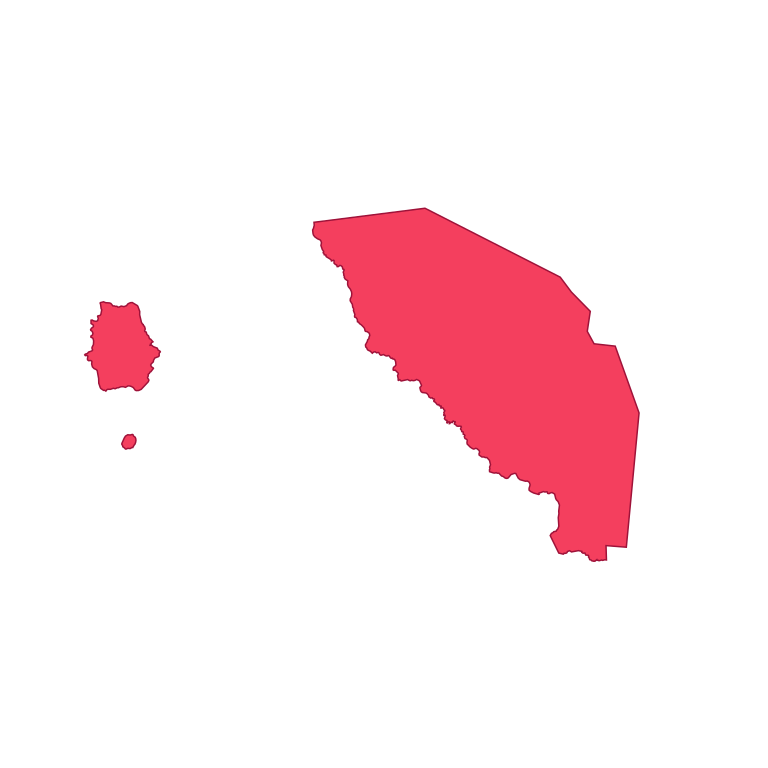 Rai Coast District, Madang, Papua New Guinea, rotated 207°
{"feature_id": "67681753B12323407332592", "entity_name": "Rai Coast District", "entity_type": "district", "adm_level": 2, "iso_a3": "PNG", "parent_name": "Papua New Guinea", "parent_adm1": "Madang", "projection": "robinson", "projection_center": [146.508, -5.549], "detail": "fine", "context": "isolated", "style": "filled", "palette": "rose", "viewbox_px": 768, "rotation_deg": 207, "n_neighbors": 0, "source": "geoboundaries", "source_scale": "gbopen_adm2", "svg_char_len": 6172}
<svg xmlns="http://www.w3.org/2000/svg" viewBox="0 0 768 768"><g transform="rotate(207 384 384)"><path d="M427.3,559.2L519.8,496.3L518.2,493.7L517.5,490.5L517.5,488.8L515.6,485.9L514.5,484.7L512.5,483.7L509.1,483.2L506.1,483.4L504.9,482.6L503.8,481.4L503.1,478.8L499.9,475.7L498.0,474.8L497.8,473.3L497.0,473.2L495.9,472.0L494.2,472.5L493.7,471.5L493.1,471.2L489.0,470.9L487.3,470.5L486.7,469.8L485.1,471.4L484.5,471.3L483.4,469.0L481.5,468.4L480.3,468.6L479.0,467.3L478.0,467.9L477.1,469.7L475.9,469.9L474.4,469.5L472.9,467.7L471.8,467.9L471.3,467.5L471.1,465.1L469.7,463.7L469.4,462.8L468.2,461.9L467.8,460.9L466.1,459.8L463.1,459.5L461.8,456.5L461.0,455.5L459.9,454.5L457.2,453.3L454.8,451.4L453.6,449.6L452.7,447.1L452.7,444.6L451.9,442.8L448.4,440.6L446.7,438.2L445.6,437.6L444.8,436.5L444.6,435.6L441.5,432.7L441.1,431.1L440.4,430.3L439.1,430.5L437.1,429.4L435.9,427.4L434.7,427.5L433.3,426.7L431.0,426.4L427.5,425.2L426.4,424.5L425.3,423.1L424.5,422.5L422.6,423.0L420.1,422.5L418.7,420.8L418.6,419.0L418.1,417.5L418.6,415.9L418.2,414.4L418.3,410.4L417.1,408.7L415.8,408.3L414.5,407.2L413.6,406.9L411.1,407.0L408.4,406.1L407.8,407.6L406.6,408.7L404.7,408.4L403.5,409.5L402.7,409.5L401.2,408.4L399.8,408.2L397.8,410.0L395.4,409.9L394.0,410.3L393.3,411.2L392.3,411.4L389.8,410.2L388.8,410.3L388.2,410.8L387.4,410.3L386.4,410.7L385.5,410.6L383.8,409.2L382.0,406.4L382.1,405.3L383.0,403.3L383.0,402.4L382.3,400.7L381.6,400.6L380.1,401.4L376.3,400.1L375.8,399.5L375.8,397.7L373.7,395.1L373.2,393.9L372.7,393.8L371.9,395.0L370.7,394.5L369.9,394.6L364.9,398.7L362.7,398.6L361.8,399.0L361.0,399.9L359.5,400.2L358.1,401.2L356.9,402.9L353.8,402.9L350.0,399.9L349.9,398.5L350.4,397.6L350.3,396.9L348.4,394.7L347.3,394.0L346.0,393.8L342.7,395.0L341.4,395.0L339.2,394.1L338.1,392.9L336.0,392.7L334.9,393.6L333.9,393.0L332.8,393.5L332.1,393.3L331.8,392.5L332.1,391.9L331.6,391.1L329.9,391.0L327.3,389.8L326.4,389.9L325.8,390.6L324.8,389.7L323.1,390.3L322.8,390.0L322.9,389.2L322.3,388.4L321.0,389.4L320.2,389.3L318.7,388.1L317.9,388.1L317.6,387.4L317.8,385.9L316.9,384.8L316.9,384.0L316.4,383.2L315.4,383.8L314.9,383.1L314.4,380.5L312.9,379.9L311.4,380.1L310.8,379.4L310.8,378.5L310.4,378.0L309.8,378.1L309.6,379.3L308.8,379.9L308.1,379.5L307.8,378.3L307.4,378.5L307.2,379.9L306.8,380.5L305.8,380.5L305.6,380.8L305.8,382.0L305.3,382.5L304.2,382.3L303.5,382.7L303.2,382.4L303.4,380.8L303.1,380.3L301.4,380.2L300.4,379.6L298.8,379.9L297.9,380.6L296.1,381.3L295.5,380.8L295.6,379.2L295.2,378.5L294.0,378.0L293.1,376.9L291.7,377.2L290.6,375.2L289.4,375.4L288.5,374.8L288.6,373.6L287.1,372.2L285.3,372.2L284.6,371.9L284.0,371.2L283.7,369.9L282.7,368.3L278.5,366.9L275.8,366.6L274.4,366.8L273.1,368.3L271.8,368.6L269.0,367.9L267.9,366.7L267.7,365.0L267.0,363.9L263.6,363.4L261.8,364.4L260.4,364.4L258.9,365.2L255.3,363.8L252.4,360.4L252.2,357.9L251.1,356.5L251.1,355.4L250.1,353.8L246.2,354.4L244.7,355.0L243.9,355.9L242.7,355.9L241.1,356.7L237.5,355.4L235.7,355.7L233.5,355.2L232.4,355.4L231.6,355.7L230.7,356.7L229.7,361.0L227.2,363.6L225.9,364.1L221.7,361.1L219.4,360.5L213.8,361.6L212.2,362.6L210.4,362.5L209.5,362.0L208.0,360.5L207.4,357.0L206.9,355.9L206.4,355.2L204.5,354.8L201.2,354.8L196.0,355.8L195.7,356.2L196.4,356.9L196.3,357.4L195.4,358.0L193.2,360.5L191.6,360.8L189.9,361.9L189.5,361.9L188.6,360.9L188.1,360.9L187.1,361.3L186.3,362.5L185.0,363.6L182.0,363.4L179.1,360.0L177.9,359.1L175.5,358.3L172.7,355.8L170.6,350.0L169.3,347.9L168.1,344.1L163.7,336.7L163.3,333.7L163.8,332.2L163.8,331.0L165.7,329.5L166.0,328.3L167.0,326.9L167.1,324.4L151.5,312.7L147.0,313.8L146.7,315.0L146.0,315.1L144.7,316.2L144.4,316.9L144.5,318.0L143.0,319.7L140.7,319.5L135.1,323.8L131.7,324.7L131.4,323.8L129.8,323.6L128.3,324.6L126.6,323.2L124.2,324.1L123.4,323.5L123.3,322.7L122.3,322.2L121.0,320.9L119.7,321.2L118.7,320.8L117.0,321.2L115.6,321.9L114.6,324.2L114.0,323.7L113.0,324.2L112.2,324.1L110.1,326.0L109.1,326.1L107.5,327.6L105.9,328.2L112.8,340.8L94.0,348.6L143.6,474.0L195.2,522.7L215.1,515.2L226.8,523.2L233.2,542.4L258.8,551.0L275.5,559.2L427.3,559.2ZM634.2,251.4L631.0,251.0L630.1,251.6L628.6,251.4L628.3,253.2L627.7,253.9L625.3,255.1L623.2,257.3L621.4,257.7L620.1,259.4L618.9,260.1L617.3,262.0L615.2,263.2L612.8,263.7L611.3,266.0L610.3,266.6L608.3,267.1L605.7,267.0L603.0,265.6L601.8,265.6L599.7,266.8L597.9,269.0L595.1,278.7L595.1,280.3L595.7,281.2L597.2,281.9L597.7,282.6L597.7,284.1L598.5,285.6L597.9,287.0L597.9,288.3L597.3,289.1L596.5,293.2L596.8,293.5L599.1,293.8L600.5,295.0L600.5,296.3L599.6,299.0L600.1,300.5L600.0,303.1L597.4,306.0L597.1,307.0L598.3,309.4L597.9,311.1L598.4,311.5L600.7,311.7L602.3,313.0L606.5,312.6L608.6,313.1L610.0,312.3L610.2,313.5L609.7,314.1L609.9,315.3L609.0,316.7L612.3,318.0L613.5,317.9L615.8,320.1L617.3,320.3L618.2,320.9L619.4,322.3L620.9,322.2L621.4,322.6L621.6,324.2L622.1,325.1L623.6,326.6L624.9,326.9L625.5,327.7L626.3,327.7L628.1,328.8L633.1,334.7L634.6,337.8L638.6,341.5L639.4,341.9L645.3,342.3L646.9,341.3L648.1,339.8L648.6,339.0L649.0,336.9L650.8,334.9L653.6,334.1L654.9,332.3L656.2,331.7L657.3,332.0L658.6,331.2L659.6,331.2L660.9,330.5L664.0,331.8L665.4,331.6L668.9,330.1L671.2,329.9L673.7,327.7L673.5,327.0L672.7,326.3L670.2,322.7L669.2,322.0L667.9,317.5L668.0,316.4L669.9,314.7L669.8,314.1L668.4,312.8L667.9,310.5L668.7,309.3L669.7,308.9L671.4,308.4L673.2,308.5L674.0,307.8L672.5,304.9L670.0,304.6L669.1,303.7L669.1,302.6L670.0,300.9L670.1,299.2L669.6,298.7L667.8,298.4L666.3,296.9L666.0,295.2L666.9,293.7L666.5,292.7L664.1,292.6L662.3,290.6L660.8,287.2L660.8,284.1L660.3,283.1L659.1,282.0L659.3,280.9L661.8,278.3L662.1,276.6L663.7,275.0L663.9,274.1L663.0,273.7L661.5,274.6L660.5,274.4L659.6,271.6L659.0,270.9L657.7,270.7L655.9,271.8L654.9,271.7L654.3,271.1L653.6,269.1L651.6,266.9L649.3,266.1L647.0,266.2L645.7,265.8L640.8,259.4L638.5,255.2L635.1,251.9L634.2,251.4ZM585.3,208.8L584.4,208.8L583.0,210.4L580.9,211.2L579.6,213.1L579.0,213.3L578.9,216.2L578.6,217.1L578.8,219.2L579.4,221.1L580.3,222.5L581.5,223.6L583.4,223.9L584.7,224.9L585.4,224.8L586.9,223.4L589.3,222.4L590.7,220.2L590.9,217.9L590.6,212.1L590.2,211.2L588.9,210.4L588.2,209.5L586.0,209.2L585.3,208.8Z" fill="#f43f5e" stroke="#9f1239" stroke-width="1.5"/></g></svg>